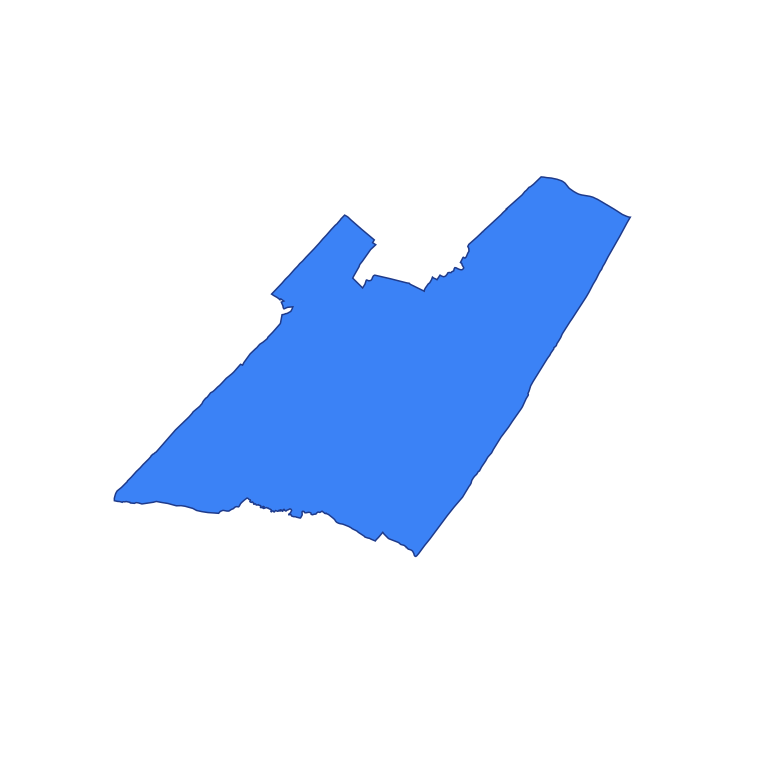 Leorda, Botosani, Romania, rotated 335°
{"feature_id": "2599482B49555817634638", "entity_name": "Leorda", "entity_type": "district", "adm_level": 2, "iso_a3": "ROU", "parent_name": "Romania", "parent_adm1": "Botosani", "projection": "mercator", "projection_center": [26.484, 47.822], "detail": "fine", "context": "isolated", "style": "filled", "palette": "blue", "viewbox_px": 768, "rotation_deg": 335, "n_neighbors": 0, "source": "geoboundaries", "source_scale": "gbopen_adm2", "svg_char_len": 6123}
<svg xmlns="http://www.w3.org/2000/svg" viewBox="0 0 768 768"><g transform="rotate(335 384 384)"><path d="M407.3,519.8L418.0,512.6L418.9,512.2L420.8,510.9L422.8,508.5L425.2,506.9L427.1,505.9L429.8,505.0L432.0,503.5L432.9,503.1L433.7,503.2L437.4,500.4L443.6,496.7L445.9,495.0L447.5,494.0L452.4,491.9L455.5,489.5L467.6,481.6L478.7,475.7L484.7,472.0L498.1,464.3L500.0,463.0L506.7,457.3L509.9,455.2L510.4,454.5L510.4,453.5L512.4,451.8L516.1,447.7L520.1,444.8L542.3,430.3L544.5,429.0L546.1,428.2L548.6,426.3L552.6,424.0L553.5,422.8L555.2,422.5L556.4,422.0L557.9,420.4L559.6,419.4L563.8,416.6L566.4,414.2L567.7,413.3L579.3,405.9L581.6,404.6L604.0,390.6L608.6,387.4L615.6,382.0L620.5,378.7L625.7,374.5L628.0,372.9L629.5,372.2L631.9,370.0L635.2,367.8L640.7,363.5L660.6,349.4L672.4,340.6L677.7,336.9L676.7,336.4L674.8,334.6L671.7,331.1L666.4,322.7L656.0,307.5L652.3,303.0L649.9,300.9L642.9,296.1L640.7,294.2L639.3,292.5L637.3,289.7L635.0,285.7L634.4,284.4L633.1,279.0L632.8,278.1L631.5,275.8L630.6,274.7L627.4,271.6L622.6,268.0L618.8,265.8L616.2,264.0L613.9,262.7L603.8,266.2L599.9,267.1L598.7,267.0L597.9,267.3L595.0,268.6L593.0,269.1L589.1,271.0L568.9,277.0L569.2,277.4L564.4,278.9L561.8,280.0L545.5,285.2L540.3,286.8L538.9,287.4L538.3,287.4L537.7,287.9L537.1,287.8L535.5,288.5L535.1,288.5L534.9,288.8L534.2,288.9L530.3,290.2L519.9,293.3L518.1,294.7L518.1,297.2L517.4,298.7L517.3,299.3L517.1,299.6L515.4,300.7L512.3,303.5L510.7,304.1L510.2,303.8L509.7,302.8L509.1,302.7L504.6,306.2L505.4,307.6L505.1,309.2L505.4,312.1L505.3,312.5L504.2,313.2L502.9,313.4L501.7,312.8L500.2,311.4L498.3,309.0L497.4,308.5L496.3,309.2L495.0,310.9L493.0,310.9L491.7,311.4L490.3,310.5L489.1,310.2L488.5,310.4L487.5,311.3L486.6,311.6L485.7,312.1L484.7,312.2L483.4,312.0L482.9,311.6L481.7,310.4L480.8,309.0L476.1,311.9L475.5,310.9L473.8,309.0L473.1,307.6L471.1,309.6L468.2,311.6L466.4,312.0L462.2,314.4L460.6,315.6L459.7,316.9L449.9,304.7L449.5,303.4L447.4,302.0L433.9,291.0L422.1,281.8L421.5,281.4L420.2,281.5L418.7,282.5L417.4,283.8L416.3,284.4L415.6,284.5L413.9,284.1L412.3,282.4L411.9,282.4L411.6,282.6L408.9,285.5L405.2,287.9L400.4,274.8L402.3,273.3L410.9,267.2L412.5,265.5L416.3,263.6L428.7,256.5L435.4,254.3L433.4,251.1L436.1,249.3L429.1,234.3L423.2,220.9L422.0,217.7L421.1,216.2L419.7,214.3L414.2,216.4L413.9,216.8L410.4,218.3L409.6,218.8L406.7,219.6L401.5,221.7L394.6,224.8L390.0,226.6L384.6,229.1L377.6,232.0L367.2,236.0L362.1,238.2L358.5,239.3L355.6,240.7L351.6,242.2L343.9,245.6L338.8,247.4L334.2,249.5L320.1,255.0L321.3,257.0L323.7,260.4L324.7,262.2L325.3,263.7L325.9,263.2L326.4,263.2L328.3,266.5L325.5,266.4L325.4,270.4L324.9,272.3L325.0,273.5L325.4,273.7L327.9,273.7L329.1,273.8L334.0,275.5L332.5,277.1L330.2,278.8L326.0,279.1L324.6,278.7L322.7,278.6L320.9,278.1L315.8,285.2L315.4,285.5L304.9,290.1L299.3,292.2L298.4,292.6L297.5,293.5L292.3,294.9L288.1,295.5L283.7,297.5L282.9,297.6L275.5,300.1L266.3,305.2L263.8,307.1L262.3,305.5L252.8,309.7L250.0,310.6L243.4,312.2L237.3,314.7L234.4,315.8L232.0,316.4L227.6,318.0L225.8,318.5L223.1,318.7L218.3,321.2L216.2,321.6L213.6,322.8L212.3,323.6L210.6,325.0L208.8,325.7L207.7,326.3L199.4,328.5L197.5,329.6L193.4,331.4L175.6,337.5L148.7,349.4L147.8,349.4L145.9,350.0L144.6,350.0L142.4,350.8L142.1,351.2L139.2,352.5L131.6,355.2L127.7,356.9L122.6,358.6L115.7,361.6L110.6,363.4L110.0,364.0L102.3,366.8L97.0,368.1L95.8,368.9L94.5,369.9L92.8,371.8L91.3,373.6L90.3,375.8L92.9,377.8L94.7,378.8L96.3,380.1L96.7,380.6L97.8,380.4L99.4,381.3L100.6,381.5L103.8,383.9L103.8,384.6L107.4,386.7L109.2,386.7L111.1,387.9L113.9,390.4L125.0,393.7L128.0,394.2L132.7,397.6L137.6,400.9L144.3,406.6L148.7,408.5L152.0,410.7L158.1,415.9L160.7,419.4L165.0,422.7L170.1,426.1L179.5,431.3L181.7,430.3L184.3,430.4L184.8,430.5L188.0,432.8L189.8,433.6L192.5,433.2L195.0,433.3L196.2,432.8L197.5,432.6L198.5,432.8L200.3,433.9L201.2,433.5L203.5,431.8L205.3,431.1L208.7,430.1L211.6,429.5L212.3,430.0L213.0,431.8L213.8,432.4L213.8,433.0L212.9,433.6L212.8,433.8L213.0,434.5L213.9,435.3L214.7,435.2L215.1,435.6L215.1,436.2L215.5,436.9L215.4,437.5L215.2,437.7L215.2,437.9L215.4,438.1L216.4,438.1L216.9,438.4L217.1,439.7L218.2,440.2L219.1,440.2L219.2,440.4L219.2,440.7L219.3,440.9L220.4,441.7L220.7,442.0L220.8,442.8L220.1,443.1L219.9,443.5L220.0,443.9L221.8,444.7L222.4,443.9L223.0,444.0L223.4,444.6L222.1,445.7L222.4,446.0L224.8,446.2L225.5,446.5L225.9,447.2L226.6,447.5L227.2,448.7L228.1,449.5L228.6,450.3L228.3,450.9L227.7,451.5L227.8,452.1L228.1,452.3L228.8,451.9L229.5,452.0L230.0,452.6L230.1,453.3L230.5,453.6L231.1,453.4L231.7,453.0L232.3,452.9L233.6,454.3L235.2,454.7L235.4,454.2L235.8,454.4L236.1,455.1L236.6,455.3L236.8,454.9L236.6,454.4L236.8,454.2L237.4,454.5L237.9,455.2L238.1,456.3L238.4,456.5L239.5,455.4L240.1,455.3L240.6,455.5L240.7,456.0L240.3,456.2L241.3,457.6L241.8,457.7L242.9,457.3L244.0,457.5L245.9,457.4L246.6,458.0L246.9,458.9L246.8,459.6L244.8,461.2L242.8,461.7L242.6,461.9L242.5,462.3L244.5,463.0L244.4,463.8L244.6,464.8L246.2,466.2L247.2,466.6L248.0,467.2L248.4,467.7L251.4,470.1L252.0,470.0L254.4,468.2L254.8,467.5L255.5,465.6L256.0,465.0L256.5,465.0L257.2,465.4L257.7,465.9L257.6,466.7L257.9,467.3L258.7,467.7L261.7,468.5L262.6,469.2L263.2,469.9L263.1,470.7L262.9,471.3L263.1,471.6L264.2,472.4L265.3,472.4L267.3,473.1L268.5,472.5L269.7,472.2L270.3,472.3L271.6,473.3L274.1,473.1L275.3,475.4L275.5,476.1L276.4,476.8L276.9,476.6L277.1,476.8L277.3,477.5L278.4,478.6L278.8,479.3L280.9,483.5L282.0,486.0L282.1,487.4L282.4,488.6L282.8,489.5L283.9,490.9L285.1,492.0L287.3,493.5L288.0,494.2L291.8,498.2L293.4,500.4L294.1,501.8L297.0,505.4L297.5,506.2L298.0,507.5L301.0,512.3L301.9,513.9L302.0,514.6L304.3,516.8L305.6,517.7L306.7,519.2L309.8,522.6L311.0,521.9L314.2,520.7L320.2,517.9L320.6,520.0L322.7,525.8L323.3,526.6L330.0,533.6L330.6,534.6L331.0,535.7L331.4,536.5L334.0,538.7L335.2,541.0L335.4,541.7L335.2,541.8L335.6,542.2L335.9,543.2L336.2,543.9L338.0,545.5L338.8,546.6L339.2,547.4L339.3,548.3L339.4,550.4L339.1,551.6L339.1,552.4L339.3,553.1L339.6,553.5L340.0,553.7L341.1,553.5L343.8,552.3L352.4,547.6L360.0,543.9L385.8,530.0L395.6,525.1L407.3,519.8Z" fill="#3b82f6" stroke="#1e3a8a" stroke-width="1.5"/></g></svg>